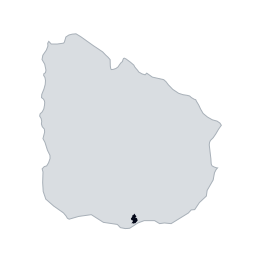 location of Pando, Canelones, Uruguay, rotated 352°
{"feature_id": "84410073B3129113216755", "entity_name": "Pando", "entity_type": "district", "adm_level": 2, "iso_a3": "URY", "parent_name": "Uruguay", "parent_adm1": "Canelones", "projection": "albers", "projection_center": [-55.95, -34.701], "detail": "fine", "context": "in_parent", "style": "filled", "palette": "ink", "viewbox_px": 256, "rotation_deg": 352, "n_neighbors": 0, "source": "geoboundaries", "source_scale": "gbopen_adm2", "svg_char_len": 3253}
<svg xmlns="http://www.w3.org/2000/svg" viewBox="0 0 256 256"><g transform="rotate(352 128 128)"><path d="M211.1,180.0L209.4,181.5L207.4,184.4L205.1,191.3L197.7,200.8L196.1,206.3L188.3,211.8L182.7,218.1L179.2,217.9L175.9,220.6L157.4,228.7L150.8,227.1L146.0,227.1L141.4,223.4L131.1,222.0L124.6,223.4L115.8,227.5L113.2,227.4L111.3,227.2L106.6,225.6L104.0,222.0L90.5,218.0L79.6,208.7L66.8,208.7L57.0,210.1L55.4,208.9L54.4,206.5L52.3,203.1L43.6,195.0L36.7,187.0L35.2,179.0L35.9,170.2L37.7,159.7L37.3,156.5L39.7,154.6L42.2,154.2L44.5,151.4L46.6,147.3L46.9,144.2L45.1,138.6L43.8,130.7L42.3,126.7L44.9,120.4L45.0,117.4L43.3,114.8L42.8,112.0L43.5,109.2L43.3,106.5L42.2,103.9L42.9,101.8L45.4,100.0L47.3,97.3L48.5,93.8L49.1,91.1L49.0,89.3L48.2,87.5L46.6,85.9L47.3,82.7L50.2,77.7L52.1,73.3L52.9,69.5L52.8,66.5L51.8,64.2L52.2,62.6L54.0,61.7L54.8,59.3L54.4,53.2L52.4,48.2L53.8,44.1L58.0,39.5L60.1,35.7L60.3,32.9L61.6,31.2L63.7,34.2L69.8,35.0L75.9,35.0L76.9,34.2L79.2,29.2L82.4,27.7L85.8,27.3L89.6,27.5L93.7,30.8L105.1,41.6L113.5,49.1L116.0,52.6L118.2,55.3L119.8,57.8L119.1,64.2L119.2,67.0L119.6,67.8L121.5,67.9L124.3,67.4L126.7,66.1L128.5,64.0L130.3,62.3L131.8,61.4L132.3,60.1L133.2,58.6L134.0,58.3L135.7,59.4L139.5,63.1L142.5,66.5L143.2,68.5L144.4,70.5L145.6,72.3L146.4,74.0L149.3,76.3L152.3,77.7L154.2,76.3L159.2,81.0L170.1,85.1L172.1,87.5L174.0,90.9L177.7,96.0L183.0,100.7L187.2,102.7L191.2,103.9L193.5,104.9L195.0,106.7L197.5,108.7L199.0,109.4L199.5,111.1L201.1,114.8L202.6,119.6L204.4,124.0L208.2,128.2L212.6,131.6L217.2,133.6L219.7,135.9L220.8,138.3L217.6,141.7L214.1,146.1L211.0,149.5L207.9,151.8L206.8,153.5L206.1,156.0L205.8,169.8L205.4,174.9L205.6,176.2L206.0,177.2L207.9,178.6L210.2,179.8L211.1,180.0Z" fill="#d9dde1" stroke="#a8b0b8" stroke-width="1"/><path d="M120.7,222.7L120.8,222.7L121.0,222.7L121.0,222.8L121.0,222.7L121.3,222.5L121.4,222.4L121.3,222.2L121.5,222.1L121.6,221.8L121.7,221.7L121.8,221.7L121.9,221.8L121.9,221.7L122.0,221.8L122.3,221.8L122.6,221.7L122.9,221.6L123.0,221.5L123.0,221.4L122.9,221.3L123.0,221.3L123.2,221.1L123.4,221.1L123.5,221.0L123.6,220.8L123.6,220.7L123.6,220.4L123.7,220.2L123.8,220.2L123.7,220.0L123.7,219.9L123.7,219.6L123.7,219.3L123.7,219.2L123.5,218.9L123.4,218.9L123.2,219.0L122.5,219.2L122.3,219.2L122.2,219.3L122.1,219.1L122.1,218.9L121.8,219.0L121.7,219.0L121.7,218.9L121.9,218.6L122.2,218.3L122.2,218.2L122.2,217.9L122.2,217.7L122.2,217.4L122.3,217.3L122.2,217.2L122.1,216.9L122.0,216.7L122.1,216.4L122.3,216.4L122.2,216.3L122.1,216.2L122.3,216.0L122.3,215.9L122.2,215.8L122.2,215.7L122.3,215.7L122.2,215.6L122.3,215.4L122.2,215.3L122.2,215.2L122.3,215.2L122.2,215.0L121.9,215.4L121.7,215.6L121.4,215.9L121.2,215.7L120.9,215.7L120.9,215.8L120.9,216.0L121.0,216.1L120.9,216.3L120.8,216.5L120.7,216.7L120.5,216.8L120.4,216.8L120.2,216.9L120.2,217.0L120.1,217.3L120.0,217.5L119.7,217.9L119.5,218.0L119.2,218.2L119.1,218.3L119.0,218.5L119.1,218.8L119.3,218.9L119.5,219.0L119.5,219.3L119.9,219.5L120.1,219.5L120.3,219.6L120.5,219.5L120.8,219.8L120.8,220.0L120.9,220.3L121.0,220.5L121.0,220.8L120.9,220.9L120.8,221.0L120.6,221.1L120.5,221.3L120.4,221.5L120.2,221.9L119.9,222.2L120.0,222.2L120.0,222.3L120.3,222.4L120.4,222.5L120.7,222.5L120.7,222.7Z" fill="#0f172a" stroke="#020617" stroke-width="1.5"/></g></svg>